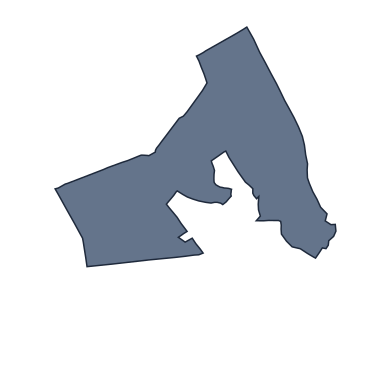 Al-Mejar Al-Kabir, Maysan, Iraq (orthographic projection), rotated 151°
{"feature_id": "34846034B74630941173951", "entity_name": "Al-Mejar Al-Kabir", "entity_type": "district", "adm_level": 2, "iso_a3": "IRQ", "parent_name": "Iraq", "parent_adm1": "Maysan", "projection": "orthographic", "projection_center": [47.287, 31.432], "detail": "fine", "context": "isolated", "style": "filled", "palette": "slate", "viewbox_px": 384, "rotation_deg": 151, "n_neighbors": 0, "source": "geoboundaries", "source_scale": "gbopen_adm2", "svg_char_len": 2282}
<svg xmlns="http://www.w3.org/2000/svg" viewBox="0 0 384 384"><g transform="rotate(151 192 192)"><path d="M122.2,308.7L122.4,303.2L123.4,296.6L124.2,289.7L125.1,284.7L126.0,280.1L128.1,278.9L133.8,275.6L137.7,273.8L139.1,273.1L157.5,264.5L162.8,262.5L167.4,262.7L169.5,261.8L189.5,252.9L194.3,250.8L197.5,249.3L201.8,247.5L203.7,246.2L204.8,244.7L206.4,244.7L207.5,244.7L210.1,244.7L212.1,244.7L213.3,245.6L216.4,247.6L217.7,248.4L218.7,248.9L221.7,249.3L226.9,249.9L233.3,250.7L238.8,251.8L254.1,254.2L258.7,254.6L296.8,259.9L299.0,260.4L307.0,260.3L310.2,261.1L310.1,254.3L310.1,236.4L310.0,221.8L310.1,208.7L310.1,204.7L311.4,200.8L316.8,186.0L320.0,177.6L297.1,167.8L262.9,153.6L238.3,142.9L229.4,139.2L220.7,135.8L216.5,133.8L211.9,133.2L212.5,138.2L213.7,145.0L214.2,151.5L219.8,151.5L222.3,151.5L225.9,159.0L221.8,159.4L219.3,159.7L215.4,159.9L216.2,165.7L216.8,169.8L217.3,177.2L219.6,189.2L220.3,193.8L214.0,196.2L209.6,197.9L206.0,199.7L204.4,200.1L201.8,195.4L201.2,194.3L198.5,189.9L194.6,185.3L192.2,182.8L190.5,181.0L184.9,176.2L180.7,173.1L177.2,172.0L174.9,170.7L172.3,168.3L171.2,166.1L166.9,166.8L162.7,168.4L159.7,169.4L159.1,171.3L158.0,172.7L156.8,174.5L156.1,175.2L158.1,177.3L159.9,178.6L161.9,179.9L163.2,181.2L165.1,182.7L166.4,184.7L167.6,186.7L168.0,189.4L167.6,190.6L166.3,193.2L164.1,196.9L161.9,199.9L161.0,204.1L160.6,207.4L160.0,209.9L152.0,210.7L148.4,211.1L144.8,211.5L142.6,211.4L142.9,204.2L142.3,194.0L141.9,187.2L140.5,174.7L138.8,170.5L137.2,165.4L139.4,161.5L139.6,158.9L138.8,154.8L135.8,155.7L140.0,149.2L142.5,144.1L143.9,137.8L149.7,135.7L143.3,132.1L138.8,130.0L134.4,127.5L130.1,125.1L128.7,123.3L130.0,119.8L132.1,116.3L134.2,111.8L133.2,103.2L131.8,98.3L131.0,95.5L128.6,93.3L124.8,89.9L120.9,82.5L119.4,79.9L117.1,76.0L116.0,74.3L110.4,77.1L105.1,79.9L102.3,77.5L98.6,79.4L96.0,83.1L89.7,84.5L85.1,88.0L82.4,94.2L86.3,96.1L89.5,102.1L84.5,107.4L86.9,116.3L86.2,125.1L86.2,133.7L85.2,142.7L84.2,148.3L80.6,155.5L77.3,160.6L74.5,169.6L73.6,171.8L70.9,178.6L68.5,187.2L67.3,197.4L66.7,207.6L66.6,218.1L66.6,227.1L66.0,237.1L65.6,245.7L65.5,257.2L65.2,269.2L65.1,281.3L64.0,295.8L64.1,309.7L68.1,309.4L78.1,309.1L111.6,308.8L114.5,308.5L116.1,308.5L119.3,308.5L122.2,308.7Z" fill="#64748b" stroke="#1e293b" stroke-width="1.5"/></g></svg>